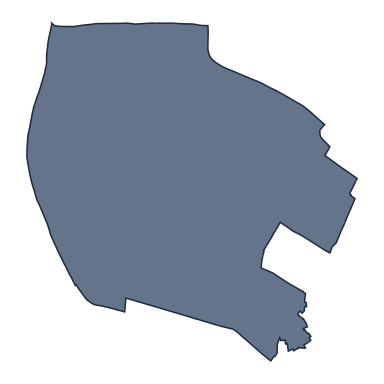 outline of Lat Lum Kaeo, Pathum Thani, Thailand
{"feature_id": "78962969B45209726561008", "entity_name": "Lat Lum Kaeo", "entity_type": "district", "adm_level": 2, "iso_a3": "THA", "parent_name": "Thailand", "parent_adm1": "Pathum Thani", "projection": "robinson", "projection_center": [100.399, 14.041], "detail": "fine", "context": "isolated", "style": "filled", "palette": "slate", "viewbox_px": 384, "rotation_deg": 0, "n_neighbors": 0, "source": "geoboundaries", "source_scale": "gbopen_adm2", "svg_char_len": 5828}
<svg xmlns="http://www.w3.org/2000/svg" viewBox="0 0 384 384"><path d="M124.7,311.9L125.9,298.2L126.8,298.4L127.8,298.6L132.3,299.9L135.1,300.8L141.4,302.6L144.9,303.7L149.2,304.9L152.2,305.8L154.0,306.3L156.1,307.0L158.4,307.6L160.2,308.2L165.4,309.8L168.0,310.5L169.9,311.1L172.3,311.8L178.6,313.6L180.9,314.3L182.6,314.8L184.6,315.4L191.1,317.4L193.3,318.1L195.2,318.7L196.2,319.0L197.2,319.2L200.7,320.3L202.0,320.6L204.5,321.4L206.3,321.9L209.1,322.8L210.0,323.1L222.0,326.5L229.1,328.2L232.6,329.1L233.4,329.4L233.8,329.6L236.9,331.9L237.7,332.6L238.7,333.2L239.4,334.0L241.4,335.8L242.0,336.4L242.7,337.0L243.1,337.3L249.0,342.4L253.1,346.1L255.9,348.5L258.7,350.9L260.5,352.6L263.9,355.4L267.0,357.8L270.8,361.0L273.3,357.2L274.0,356.5L274.3,356.6L274.5,356.6L274.8,356.4L275.7,355.4L276.2,354.6L277.1,353.0L277.2,352.7L277.1,350.1L277.4,344.0L277.5,343.6L277.7,342.9L278.7,340.5L279.1,339.6L279.2,338.9L279.7,337.7L280.2,338.7L280.5,339.6L280.6,340.5L281.6,340.5L284.3,340.3L285.1,340.1L285.4,341.3L285.2,341.4L285.7,344.0L287.1,343.5L287.3,344.1L287.3,344.6L287.5,345.0L287.5,345.5L287.6,346.4L288.1,349.4L288.3,351.1L291.3,349.7L291.9,349.3L292.8,349.0L293.7,350.8L296.5,349.2L298.5,348.3L298.4,347.8L298.4,347.5L298.5,347.3L299.8,347.5L300.5,347.7L301.6,348.0L304.2,348.2L304.7,348.2L305.5,348.0L303.8,345.0L306.8,343.3L308.4,342.2L310.7,340.4L310.7,340.0L310.1,339.1L309.3,337.4L310.9,336.5L310.9,336.4L308.7,333.3L308.2,333.6L306.2,331.9L305.8,331.4L305.5,331.0L305.0,329.9L304.9,329.9L304.0,330.3L303.9,330.3L303.4,328.6L303.6,328.6L303.9,328.4L304.8,327.9L306.6,327.3L307.4,326.8L306.2,323.7L306.3,323.6L305.0,321.5L304.5,320.6L303.5,318.9L303.0,319.2L302.4,318.2L301.5,317.6L300.4,316.7L299.7,316.1L298.0,314.9L298.0,314.5L298.1,314.3L299.4,311.5L299.6,311.2L299.8,311.0L302.2,313.2L302.8,312.6L304.4,310.7L304.5,310.5L304.3,309.6L304.4,309.2L304.6,307.5L304.7,306.6L306.6,306.6L306.3,302.7L306.2,302.6L304.5,302.1L305.3,295.3L305.5,293.5L302.8,291.7L302.9,291.4L302.6,291.3L301.7,290.8L288.8,283.5L279.0,277.1L273.2,273.2L269.2,271.4L263.6,269.1L261.1,267.9L261.4,264.3L261.7,261.9L262.2,258.9L262.8,255.8L262.9,255.1L263.4,253.5L263.7,252.7L264.0,251.6L263.7,250.6L264.0,249.9L264.9,248.4L266.2,246.1L269.3,241.1L270.2,239.6L272.3,235.9L275.8,229.9L276.4,229.0L279.3,224.0L280.4,222.3L281.6,223.1L284.5,225.3L285.8,226.0L293.3,231.3L295.2,232.3L297.6,233.4L299.7,234.5L302.5,236.1L305.8,238.1L318.5,246.2L323.2,249.2L324.6,250.0L325.6,250.6L327.0,251.4L328.8,252.4L329.9,252.9L332.0,247.6L332.4,246.8L332.5,246.6L333.9,245.1L336.2,242.8L336.4,242.5L338.4,237.5L339.4,235.0L340.4,232.7L341.6,229.6L342.1,228.6L342.9,227.0L343.2,226.7L343.3,226.5L345.5,220.9L346.5,218.5L348.5,213.7L349.8,210.7L351.0,208.1L351.9,206.1L353.6,201.9L354.5,199.9L355.0,198.6L351.0,195.7L350.9,195.6L350.8,195.4L351.1,194.9L349.8,193.9L349.7,193.7L350.5,191.9L352.9,187.2L354.0,185.0L355.9,180.8L357.1,178.5L350.1,173.5L348.7,172.6L347.4,171.7L346.6,171.1L345.4,170.3L344.1,169.3L343.2,168.7L342.4,168.2L341.4,167.5L339.7,166.3L338.3,165.3L337.2,164.5L335.6,163.2L335.2,163.0L334.9,162.7L334.6,162.6L333.4,161.7L333.1,161.6L332.0,160.7L329.2,158.6L327.8,157.6L324.8,155.4L326.9,152.1L327.5,151.1L329.6,147.3L329.8,146.9L329.8,146.7L329.7,146.5L329.2,145.9L327.3,144.1L323.3,140.1L322.5,139.2L321.5,137.9L321.3,137.8L321.0,137.4L320.6,136.9L320.2,135.8L319.8,131.3L319.8,130.7L320.0,130.2L320.2,129.8L320.4,129.5L321.9,127.7L324.6,124.6L320.6,121.0L319.8,120.3L318.7,119.5L316.8,117.6L315.7,116.6L314.2,115.4L312.8,114.1L311.6,112.9L311.3,112.6L310.1,111.7L309.0,110.7L307.7,109.6L304.0,106.7L303.2,106.1L301.7,105.2L301.1,104.7L298.4,103.3L295.3,101.5L292.3,99.9L290.8,98.8L289.8,98.3L288.3,97.4L285.3,95.7L283.7,94.8L278.3,91.8L275.9,90.5L272.0,88.6L270.0,87.7L269.4,87.3L268.1,86.7L267.0,86.0L265.5,85.3L262.8,83.8L260.8,82.8L258.1,81.6L254.4,80.1L250.6,78.6L248.0,77.4L245.5,76.5L243.8,75.7L240.2,74.2L238.6,73.5L232.2,70.8L228.8,69.5L226.4,68.4L225.3,68.0L223.9,67.3L223.7,67.3L220.8,65.7L218.6,64.4L215.5,62.3L213.0,60.1L211.0,58.2L209.8,56.1L208.7,53.2L208.2,51.1L207.9,48.8L207.9,44.7L208.2,31.6L207.9,25.6L202.2,25.5L198.9,25.1L195.5,24.4L192.8,24.0L188.8,23.9L186.4,23.9L181.8,23.7L171.4,23.1L169.5,23.2L167.8,23.1L162.7,23.3L162.7,23.2L159.1,23.1L156.5,23.3L152.9,23.0L134.8,24.1L130.5,23.5L126.3,23.1L120.1,23.4L104.8,23.5L95.7,23.7L90.6,24.4L82.7,25.2L73.6,26.6L70.4,26.5L59.4,26.4L55.7,25.8L54.5,25.5L54.3,25.4L52.5,24.0L51.7,23.2L51.8,23.8L51.8,24.1L49.7,34.3L49.2,36.2L48.2,41.5L47.9,43.9L47.6,47.0L47.1,50.7L46.7,54.5L46.6,55.8L46.6,61.8L46.5,63.4L46.4,64.7L46.2,65.6L45.8,67.2L45.6,68.2L45.3,69.8L45.0,71.6L44.4,73.8L42.0,81.9L40.9,85.7L39.3,91.1L38.9,92.2L37.4,95.9L36.1,99.8L33.6,107.4L33.1,109.9L32.4,112.9L32.2,113.8L31.6,117.2L30.3,124.2L29.7,127.3L28.8,131.4L27.9,136.0L27.8,136.9L27.6,139.7L27.1,146.5L27.1,147.8L27.0,150.6L26.9,151.2L27.0,151.8L26.9,153.8L26.9,156.4L26.9,157.2L27.1,158.2L27.2,159.2L27.4,160.6L27.7,162.1L27.9,163.4L28.6,167.8L28.9,169.3L29.5,172.6L29.8,174.4L30.1,175.5L30.8,178.6L31.4,181.1L32.8,186.3L33.6,188.6L34.7,192.3L35.7,195.8L36.9,200.0L37.3,200.8L38.3,202.8L38.8,203.7L40.8,208.4L42.1,211.5L43.7,215.4L46.9,222.7L47.4,224.2L48.0,225.9L48.5,227.6L49.6,231.2L49.8,232.1L50.2,233.2L50.7,234.9L51.1,235.9L52.6,239.3L53.2,240.5L54.3,243.2L55.4,245.5L56.6,247.9L57.4,250.1L58.7,252.7L62.7,260.7L64.7,264.8L65.5,266.2L67.5,270.3L68.4,272.1L69.8,274.8L70.6,276.2L71.0,277.0L71.6,277.9L72.0,278.8L72.8,280.6L74.5,283.9L75.2,285.3L75.9,284.5L76.0,284.6L77.4,286.9L79.1,289.3L83.0,294.8L84.4,296.7L85.7,298.5L86.4,299.3L87.2,300.0L90.1,302.1L91.2,302.9L92.8,303.9L94.0,304.4L96.0,305.0L98.6,305.5L100.9,305.8L104.3,306.6L106.4,307.1L110.2,308.0L114.1,309.0L115.3,309.3L116.8,309.8L117.2,309.9L118.3,310.2L121.2,310.9L124.7,311.9Z" fill="#64748b" stroke="#1e293b" stroke-width="1.5"/></svg>